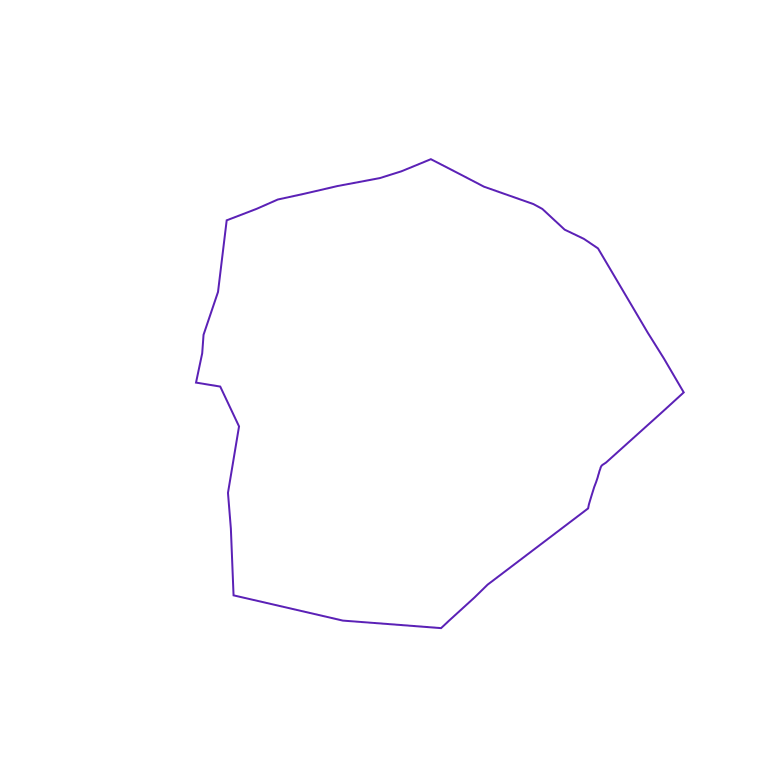 outline of Delgerex, Dornogovi, Mongolia, rotated 320°
{"feature_id": "93677404B19423988530826", "entity_name": "Delgerex", "entity_type": "district", "adm_level": 2, "iso_a3": "MNG", "parent_name": "Mongolia", "parent_adm1": "Dornogovi", "projection": "robinson", "projection_center": [111.393, 45.854], "detail": "fine", "context": "isolated", "style": "outline", "palette": "violet", "viewbox_px": 768, "rotation_deg": 320, "n_neighbors": 0, "source": "geoboundaries", "source_scale": "gbopen_adm2", "svg_char_len": 814}
<svg xmlns="http://www.w3.org/2000/svg" viewBox="0 0 768 768"><g transform="rotate(320 384 384)"><path d="M270.8,607.7L281.7,607.1L316.2,605.7L334.4,604.3L460.4,610.5L463.5,608.0L465.6,606.6L471.4,602.8L478.9,598.0L483.4,595.5L487.5,593.0L489.9,591.3L491.1,590.6L491.8,590.1L492.6,589.5L493.4,589.0L495.0,588.1L495.5,587.8L496.1,587.3L496.8,587.0L498.0,586.5L499.2,586.4L503.5,586.9L579.5,584.3L608.2,583.1L614.8,544.4L617.9,522.3L619.0,514.3L635.1,417.7L630.4,401.3L621.6,381.9L617.8,351.6L614.1,342.2L587.4,297.1L577.4,272.9L564.4,241.9L533.9,232.2L513.2,223.6L475.7,202.5L445.0,186.9L421.2,174.4L399.2,168.0L368.7,157.5L316.0,206.8L277.4,230.3L264.5,243.6L240.9,262.1L256.9,280.7L245.7,323.3L194.5,367.1L173.7,396.4L132.9,449.2L200.4,538.8L270.8,607.7Z" fill="none" stroke="#5b21b6" stroke-width="2"/></g></svg>